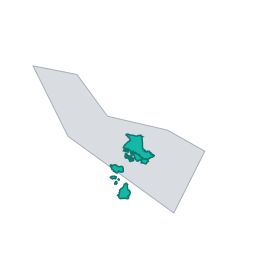 Central 2 Mahe, Mont Fleuri, Seychelles (highlighted), rotated 155°
{"feature_id": "34574756B38092183622343", "entity_name": "Central 2 Mahe", "entity_type": "district", "adm_level": 2, "iso_a3": "SYC", "parent_name": "Seychelles", "parent_adm1": "Mont Fleuri", "projection": "robinson", "projection_center": [55.478, -4.632], "detail": "fine", "context": "in_parent", "style": "filled", "palette": "teal", "viewbox_px": 256, "rotation_deg": 155, "n_neighbors": 0, "source": "geoboundaries", "source_scale": "gbopen_adm2", "svg_char_len": 5876}
<svg xmlns="http://www.w3.org/2000/svg" viewBox="0 0 256 256"><g transform="rotate(155 128 128)"><path d="M185.9,145.8L187.8,224.4L151.7,198.1L141.6,147.3L93.2,109.4L68.2,74.5L122.4,31.6L185.9,145.8Z" fill="#d9dde1" stroke="#a8b0b8" stroke-width="1"/><path d="M123.7,91.4L122.8,91.1L122.3,91.5L121.3,91.3L121.1,91.5L120.9,91.4L120.7,91.9L119.3,91.6L118.8,91.3L116.1,91.6L116.0,91.8L116.3,92.0L116.3,92.5L116.1,92.8L116.2,93.0L116.4,93.1L116.7,92.8L117.3,93.1L117.7,93.7L118.2,94.1L117.4,94.4L117.2,94.8L117.4,95.2L117.8,95.6L117.9,96.0L118.3,95.9L118.6,96.1L118.6,96.6L118.4,97.0L118.7,98.1L119.4,98.3L119.9,98.6L120.1,98.2L120.6,98.5L121.0,98.3L121.9,98.8L122.5,99.4L121.6,99.2L121.9,99.6L122.0,99.9L121.8,100.1L122.4,101.3L122.6,101.2L122.8,101.4L123.2,102.8L123.4,102.8L122.4,106.1L121.7,107.1L119.2,114.0L118.5,113.9L120.2,115.9L119.6,116.0L120.0,116.3L121.7,116.8L122.3,116.9L123.2,116.7L124.8,117.7L126.7,119.4L129.0,120.7L130.7,122.6L132.3,123.0L132.3,122.6L132.7,122.0L131.7,120.9L131.7,119.5L131.1,119.4L131.2,118.4L130.9,117.8L131.0,117.4L131.0,115.7L131.9,115.7L132.1,115.4L132.9,115.6L133.5,115.5L138.6,113.8L139.9,112.6L140.5,112.4L140.6,112.0L138.7,110.0L138.2,109.8L138.0,110.1L137.6,109.7L137.4,109.7L136.8,109.3L136.4,108.7L136.6,108.6L135.3,105.7L134.8,105.3L134.6,105.3L134.1,105.0L133.4,104.1L133.1,104.4L133.1,103.7L132.6,103.3L132.6,102.3L133.4,102.3L134.1,101.1L134.9,101.8L134.2,103.0L134.3,103.7L135.6,104.8L136.2,105.8L136.1,103.6L136.3,103.4L135.4,102.2L135.6,101.9L135.3,102.0L134.2,101.0L134.2,98.0L134.0,97.8L134.4,96.6L133.9,94.3L133.6,94.0L133.3,94.1L132.7,94.5L132.2,94.0L132.7,93.2L131.6,94.2L131.2,94.3L129.7,92.9L128.1,94.9L127.8,94.5L130.1,92.0L130.7,90.9L130.4,90.7L130.4,90.4L130.1,90.1L130.4,90.7L129.4,90.6L128.9,90.0L129.0,89.8L127.1,87.9L126.1,88.5L125.9,88.4L125.6,89.0L123.6,89.1L123.7,91.4ZM123.7,91.4L125.4,92.2L126.4,92.9L128.6,95.7L129.1,96.8L129.4,98.2L130.1,99.5L130.1,99.8L129.3,98.8L129.4,98.7L129.1,98.2L128.9,98.4L128.9,98.2L129.1,98.1L128.9,98.0L128.8,97.6L128.8,97.3L128.9,96.9L128.3,95.6L127.9,95.1L127.7,95.3L127.6,95.2L127.7,94.9L127.2,94.1L125.9,93.0L124.2,92.3L124.2,92.1L123.9,91.9L123.6,92.2L123.7,91.9L123.5,91.7L123.8,91.5L123.7,91.4ZM130.5,101.0L130.1,100.1L130.3,100.0L130.7,100.2L131.2,101.0L132.5,102.3L132.5,103.2L132.3,103.6L132.4,103.3L131.6,102.7L131.8,102.5L131.0,101.8L131.0,101.5L130.5,101.0ZM158.6,64.2L157.6,63.9L156.9,64.5L156.9,64.9L157.2,65.7L157.1,66.1L155.8,66.6L155.5,66.5L155.5,66.2L155.3,66.3L154.6,67.1L154.4,67.1L154.3,67.7L153.9,67.8L153.5,68.4L153.3,68.5L153.3,69.2L153.1,69.3L153.0,69.8L153.3,70.6L153.2,70.9L153.3,71.1L153.9,71.3L154.2,72.7L153.5,74.3L153.1,76.3L152.4,76.7L152.7,77.1L152.5,78.2L152.9,78.4L152.9,78.6L153.5,78.7L155.1,78.4L155.2,78.5L156.2,77.4L156.9,76.9L157.0,76.6L157.3,76.3L158.2,76.2L158.8,75.8L159.0,75.9L159.6,76.0L159.7,75.8L160.4,75.8L161.1,75.3L161.7,75.3L162.0,75.0L162.0,74.6L162.8,73.4L163.3,73.2L163.2,72.9L164.1,71.2L164.6,71.5L165.2,71.2L165.3,71.5L165.8,71.3L165.6,71.1L165.4,71.2L165.4,70.9L165.6,70.8L165.5,70.2L165.5,68.5L165.3,68.4L165.0,67.3L164.6,67.2L164.2,67.2L163.9,66.9L163.7,67.0L163.1,66.8L162.8,66.8L162.3,66.2L162.0,66.3L161.8,66.0L159.9,65.6L159.6,65.4L159.8,65.1L159.6,64.8L159.2,64.9L158.6,64.2ZM151.8,90.5L150.8,90.5L150.7,90.9L150.4,91.1L150.3,91.5L150.1,91.7L150.0,92.4L149.7,92.7L149.6,93.3L149.3,93.6L149.3,94.9L149.6,95.6L150.5,96.1L152.4,96.6L153.1,97.0L154.0,98.2L153.9,98.8L154.1,99.1L154.8,99.5L155.0,100.0L155.8,100.1L156.3,100.6L157.3,100.4L157.5,100.6L158.3,100.5L158.9,99.8L159.2,99.9L159.7,99.6L159.9,99.1L159.9,98.7L160.1,97.7L159.8,97.0L159.5,96.9L159.1,96.4L159.2,95.9L159.0,95.5L159.1,94.9L159.3,94.8L158.4,93.9L158.2,93.2L157.8,93.1L157.9,92.9L157.7,92.8L157.3,92.0L156.8,91.8L156.1,91.8L155.8,92.3L155.1,92.7L154.5,92.8L154.1,92.4L154.2,92.0L153.9,91.9L153.7,91.3L152.4,90.9L152.2,90.6L151.9,90.6L151.8,90.5ZM138.4,97.4L138.9,96.9L138.3,96.3L136.8,96.1L136.8,96.4L137.0,96.5L136.9,96.7L137.6,97.0L137.5,97.6L137.1,97.9L136.4,97.7L135.7,97.5L135.7,98.2L135.9,98.2L135.9,98.4L137.2,98.6L137.2,98.9L137.0,99.0L137.3,99.6L136.9,99.9L137.0,100.0L136.8,100.3L136.9,100.5L136.6,101.0L137.6,102.0L138.0,101.9L138.2,101.6L138.8,102.0L139.1,101.6L139.2,101.3L138.6,101.0L138.8,100.5L140.5,102.2L140.1,102.7L139.7,102.4L139.9,102.1L139.6,101.7L139.0,102.3L140.0,103.5L140.3,103.4L140.4,103.7L140.0,104.0L140.3,104.3L140.3,104.7L140.0,105.0L140.3,105.3L140.5,104.9L140.8,105.3L140.5,105.5L141.1,106.0L141.5,105.3L141.1,104.9L140.9,104.4L141.3,104.2L142.3,104.2L142.7,103.6L143.0,102.3L142.8,102.0L142.1,102.5L141.6,102.3L141.7,101.8L142.3,101.7L142.3,101.4L141.3,101.4L141.0,100.9L140.7,100.6L140.5,99.7L139.8,100.0L140.1,101.0L139.3,100.4L139.0,99.9L139.0,99.4L139.4,99.1L139.9,99.7L140.4,99.5L140.2,99.0L140.4,98.1L139.8,98.5L139.6,98.1L139.5,97.8L139.6,97.5L140.0,97.4L140.2,97.2L139.9,96.8L139.6,97.5L139.2,97.2L138.7,97.4L138.8,97.5L138.8,98.3L138.8,98.8L137.8,98.5L137.9,98.3L137.6,98.2L137.9,97.1L138.5,97.3L138.4,97.4ZM160.5,87.4L160.0,87.6L159.5,88.6L159.9,88.6L160.0,89.4L160.4,89.6L160.7,90.1L163.0,91.0L164.3,91.0L164.6,91.2L164.5,91.3L164.6,91.1L164.8,90.9L164.8,90.6L164.7,89.9L164.3,89.7L164.2,89.3L163.9,88.9L163.7,88.8L163.5,88.3L163.2,88.3L163.2,88.2L163.1,88.4L162.9,88.5L162.5,88.2L161.7,88.2L161.2,87.6L160.5,87.6L160.5,87.4ZM141.8,109.2L141.6,109.1L141.7,108.8L141.5,109.0L141.0,108.7L139.5,107.4L139.9,106.7L139.5,107.3L138.2,106.0L137.1,107.2L138.6,108.8L140.5,110.1L141.2,109.8L141.8,109.2ZM162.6,82.0L161.5,82.4L161.5,82.7L160.9,83.7L161.0,84.4L161.8,84.6L162.6,84.3L163.0,83.8L163.0,83.4L163.6,83.1L163.7,82.8L162.8,82.3L162.6,82.0ZM159.9,100.6L159.3,100.8L159.1,100.7L158.6,101.3L158.7,101.5L159.1,101.8L159.4,101.5L159.5,101.7L159.8,101.5L160.1,101.1L159.9,100.6ZM158.7,84.9L158.0,84.6L157.7,84.9L157.9,85.8L158.8,85.7L158.7,84.9Z" fill="#14b8a6" stroke="#0f766e" stroke-width="1.5"/></g></svg>